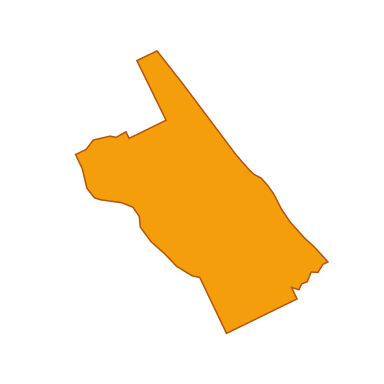 the district of St. Johns, Florida, United States of America, rotated 335°
{"feature_id": "52423323B76675634203570", "entity_name": "St. Johns", "entity_type": "district", "adm_level": 2, "iso_a3": "USA", "parent_name": "United States of America", "parent_adm1": "Florida", "projection": "orthographic", "projection_center": [-81.441, 29.938], "detail": "fine", "context": "isolated", "style": "filled", "palette": "amber", "viewbox_px": 384, "rotation_deg": 335, "n_neighbors": 0, "source": "geoboundaries", "source_scale": "gbopen_adm2", "svg_char_len": 778}
<svg xmlns="http://www.w3.org/2000/svg" viewBox="0 0 384 384"><g transform="rotate(335 192 192)"><path d="M102.3,108.8L102.4,124.5L98.3,144.3L101.2,156.1L105.8,160.4L123.9,172.1L132.0,180.8L133.9,191.8L130.3,201.9L134.0,220.1L140.1,234.1L141.0,236.1L146.7,253.0L156.6,267.9L162.9,272.7L163.1,289.8L163.5,334.7L242.0,333.3L241.9,320.6L247.6,325.8L252.4,321.7L258.5,322.0L266.2,314.9L272.2,318.1L280.1,312.9L285.7,312.8L279.4,292.9L274.7,281.8L268.4,261.2L266.2,247.8L265.9,245.4L265.8,244.9L265.5,235.5L265.2,227.9L263.0,216.7L260.6,208.8L255.7,202.2L253.2,196.1L247.8,177.6L229.4,90.2L219.9,49.3L200.0,49.6L197.6,49.6L198.8,116.0L157.7,116.8L157.6,109.5L146.4,110.4L141.2,106.7L124.4,103.2L114.0,108.7L102.3,108.8Z" fill="#f59e0b" stroke="#b45309" stroke-width="1.5"/></g></svg>